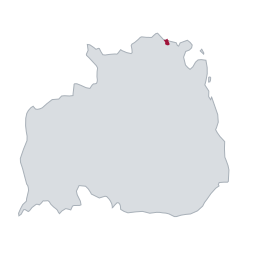 location of Kampot, Kâmpôt, Cambodia, rotated 185°
{"feature_id": "14789045B30101496421605", "entity_name": "Kampot", "entity_type": "district", "adm_level": 2, "iso_a3": "KHM", "parent_name": "Cambodia", "parent_adm1": "Kâmpôt", "projection": "robinson", "projection_center": [104.179, 10.591], "detail": "fine", "context": "in_parent", "style": "filled", "palette": "rose", "viewbox_px": 256, "rotation_deg": 185, "n_neighbors": 0, "source": "geoboundaries", "source_scale": "gbopen_adm2", "svg_char_len": 3605}
<svg xmlns="http://www.w3.org/2000/svg" viewBox="0 0 256 256"><g transform="rotate(185 128 128)"><path d="M229.0,31.0L229.6,33.5L228.0,38.2L226.2,42.5L222.9,46.2L222.8,49.0L221.6,57.1L222.1,59.8L222.9,62.0L224.0,63.2L226.9,71.2L229.5,78.5L232.1,84.5L232.6,88.3L230.2,97.9L227.5,106.7L227.8,111.1L229.0,115.5L230.2,121.3L230.7,128.8L230.1,133.7L228.8,136.7L226.4,139.9L224.4,141.4L221.8,138.8L219.8,138.7L217.2,139.5L215.1,140.7L210.8,145.3L206.0,149.7L199.5,150.8L196.9,154.1L194.2,154.6L189.0,154.8L185.6,155.5L185.7,157.2L185.5,165.0L185.5,166.9L185.0,167.4L182.7,167.6L178.7,166.4L173.3,164.5L169.4,164.1L167.5,167.6L166.3,168.9L164.8,169.1L163.3,169.7L162.8,171.2L162.7,173.1L163.4,176.4L163.7,181.6L163.5,185.1L164.9,187.3L173.2,194.8L175.6,196.7L175.9,197.8L174.5,201.9L175.8,207.7L173.2,207.5L168.9,205.1L166.8,203.6L164.3,204.8L163.4,204.6L161.7,201.7L159.5,198.8L157.2,198.7L152.4,199.8L147.5,200.6L145.7,200.6L144.9,201.1L142.1,205.4L140.8,204.6L135.9,203.0L131.4,202.4L130.4,203.5L131.0,207.0L132.0,210.4L131.4,211.9L128.9,213.7L125.7,216.9L123.6,219.4L122.3,220.0L117.3,219.9L112.3,220.3L110.3,222.6L108.4,224.5L106.8,225.0L100.3,219.1L87.4,217.1L86.0,214.5L84.7,214.0L83.5,217.3L76.5,220.6L73.5,218.6L71.3,216.3L71.6,213.4L73.7,211.0L77.2,209.3L78.8,203.4L76.2,195.7L73.8,193.5L71.3,191.8L68.7,194.6L66.5,199.4L64.2,201.9L61.0,202.5L56.3,202.3L54.4,195.1L53.8,188.9L54.5,181.8L55.2,177.6L50.7,171.8L50.4,166.3L48.2,163.4L47.6,164.9L47.6,166.5L47.0,165.3L39.8,149.2L38.6,141.7L39.9,135.9L40.6,134.0L38.5,130.9L35.6,127.5L30.5,122.9L30.1,115.8L29.0,107.4L27.5,104.5L25.1,99.3L23.8,95.0L23.4,83.6L24.1,82.7L27.7,82.4L32.4,81.6L33.1,79.7L32.3,78.2L35.3,75.7L39.6,70.0L43.0,64.1L45.3,60.4L46.8,56.7L51.6,51.5L58.3,47.8L62.8,47.0L67.5,45.8L72.0,44.0L74.1,43.8L79.7,46.0L82.7,46.5L85.9,46.5L89.2,46.7L92.1,46.5L98.9,45.0L106.2,46.2L112.7,45.2L120.7,43.5L124.7,44.6L128.2,46.3L128.8,49.8L129.6,51.4L130.8,52.6L132.4,52.6L134.4,50.2L136.1,47.7L136.7,47.2L136.8,48.4L137.6,51.1L139.2,53.8L140.7,55.6L143.3,57.9L145.0,58.0L150.5,55.8L158.7,59.0L159.7,60.6L162.3,63.9L165.2,66.3L171.7,66.4L173.9,60.6L172.8,57.1L169.1,51.0L168.1,47.4L169.3,46.7L175.5,46.0L176.5,45.3L177.9,41.4L179.6,41.8L183.0,42.3L186.6,39.6L188.8,36.7L190.0,38.0L191.2,40.0L192.7,41.2L195.3,42.9L198.2,45.3L200.0,47.7L201.4,48.6L205.1,48.0L206.1,48.1L208.2,45.2L209.7,43.6L211.0,44.1L212.8,44.0L216.7,40.4L218.9,37.0L220.1,36.1L223.5,37.8L224.9,37.4L226.9,32.8L229.0,31.0ZM52.0,185.5L51.3,185.9L50.6,185.9L50.0,185.3L50.0,182.7L50.5,181.1L51.7,180.8L52.0,185.5ZM62.8,211.1L61.4,212.9L59.0,209.3L59.1,208.2L62.8,211.1Z" fill="#d9dde1" stroke="#a8b0b8" stroke-width="1"/><path d="M96.0,218.3L96.2,218.5L96.3,218.5L96.5,218.5L96.6,218.8L96.6,219.0L96.8,219.0L96.8,218.9L96.9,219.0L97.0,219.0L97.1,218.9L97.3,218.8L97.3,218.7L97.3,218.8L97.4,218.7L97.5,218.6L97.6,218.4L97.8,218.4L98.0,218.3L98.3,218.4L98.5,218.4L98.5,218.2L98.4,218.1L98.5,218.1L98.4,218.0L98.4,217.9L98.2,217.8L98.2,217.7L98.1,217.4L97.9,217.3L97.7,217.2L97.6,216.9L97.4,216.8L97.4,216.7L97.4,216.4L97.5,216.3L97.5,216.2L97.7,215.9L97.5,215.7L97.5,215.4L97.5,215.2L97.4,215.2L97.2,215.2L97.0,215.3L96.9,215.4L96.8,215.5L96.7,215.6L96.5,215.4L96.5,215.2L96.5,214.9L96.6,214.7L96.4,214.6L96.2,214.6L95.9,214.6L95.6,214.6L95.4,214.7L95.2,214.7L95.0,214.8L94.9,214.9L94.7,215.0L94.7,215.3L94.8,215.5L95.0,215.9L95.0,216.0L95.3,216.3L95.5,216.4L95.6,216.5L95.8,216.6L95.7,216.6L95.6,216.8L95.8,216.9L95.8,217.0L96.0,217.0L96.4,217.2L96.5,217.2L96.5,217.3L96.7,217.5L96.5,217.8L96.4,218.0L96.2,218.1L96.0,218.3Z" fill="#f43f5e" stroke="#9f1239" stroke-width="1.5"/></g></svg>